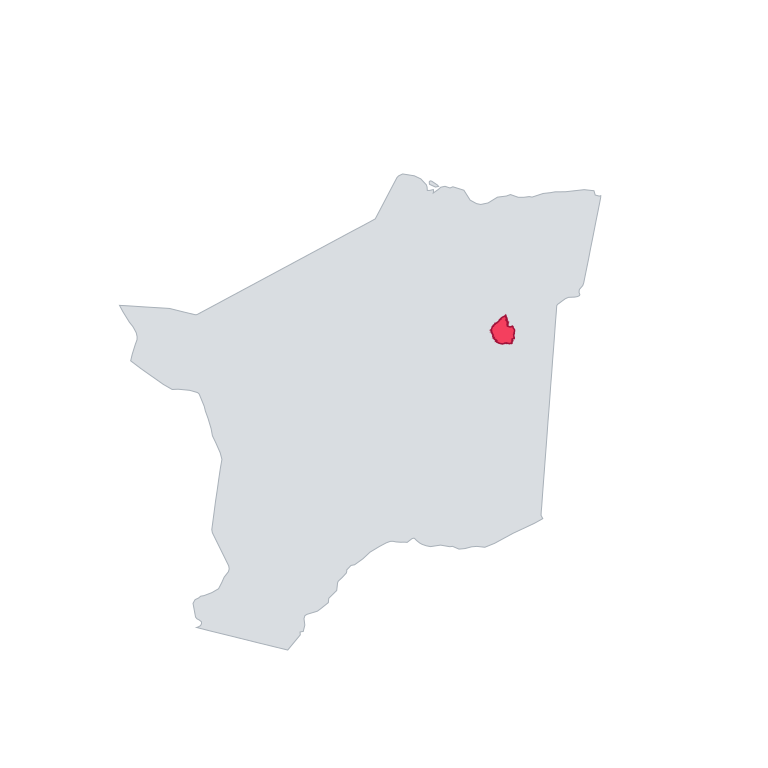 Makueni, Eastern, Kenya (highlighted), rotated 242°
{"feature_id": "3690345B23299491685856", "entity_name": "Makueni", "entity_type": "district", "adm_level": 2, "iso_a3": "KEN", "parent_name": "Kenya", "parent_adm1": "Eastern", "projection": "robinson", "projection_center": [37.731, -1.955], "detail": "fine", "context": "in_parent", "style": "filled", "palette": "rose", "viewbox_px": 768, "rotation_deg": 242, "n_neighbors": 0, "source": "geoboundaries", "source_scale": "gbopen_adm2", "svg_char_len": 7170}
<svg xmlns="http://www.w3.org/2000/svg" viewBox="0 0 768 768"><g transform="rotate(242 384 384)"><path d="M190.6,461.0L190.4,451.7L191.6,427.8L191.4,406.9L192.5,396.4L197.0,389.8L199.1,385.0L200.7,378.2L203.0,372.7L208.5,368.3L209.4,365.8L215.2,358.3L218.6,348.7L221.2,345.5L224.5,342.4L226.8,340.9L230.5,339.3L233.5,338.4L234.0,337.6L234.3,336.0L233.3,330.1L234.6,328.1L236.6,324.2L238.9,320.5L240.9,318.1L242.1,315.7L242.7,311.5L242.7,308.5L242.7,303.7L242.1,292.7L239.6,283.4L238.2,273.1L239.3,269.7L237.3,263.7L236.4,263.4L234.8,262.0L232.8,256.3L231.4,251.1L230.4,249.8L223.9,245.3L220.7,234.6L217.1,232.2L215.1,221.5L214.7,218.5L216.8,207.8L216.6,205.4L214.4,203.2L208.3,200.9L203.4,196.5L204.0,195.0L204.4,193.4L201.8,192.3L194.3,174.1L204.0,163.2L213.9,152.1L226.5,138.1L238.0,125.3L248.0,114.1L257.0,104.2L256.7,106.1L256.8,108.6L257.9,110.2L259.7,111.2L262.3,110.1L264.5,108.6L266.7,108.2L280.0,112.4L282.3,116.0L282.1,119.8L282.7,122.6L281.7,125.5L280.6,134.0L280.9,141.8L284.9,147.6L288.5,152.2L291.3,158.5L293.4,160.5L296.3,161.5L305.6,161.8L319.2,162.2L332.3,162.6L333.5,162.7L336.3,163.6L348.3,172.2L359.4,180.1L368.7,187.0L377.8,193.6L386.6,200.1L393.5,205.5L400.2,207.1L411.2,207.9L418.8,208.2L425.8,210.4L436.2,212.5L444.0,213.6L448.7,214.8L461.8,216.1L463.9,215.4L469.7,209.4L476.1,199.7L478.6,194.4L487.0,189.1L501.6,181.7L511.9,176.5L523.4,171.2L528.6,175.8L535.8,183.1L539.0,186.7L541.6,188.2L545.5,189.3L550.2,189.3L552.8,189.2L558.1,188.2L570.5,187.4L577.6,187.4L571.7,197.1L564.5,208.7L551.4,230.1L541.3,241.3L533.8,249.8L533.1,251.3L533.1,260.8L533.2,284.0L533.4,330.3L533.6,376.6L533.8,422.9L533.8,446.0L533.9,453.8L540.5,463.5L547.0,473.0L555.6,485.6L560.2,492.4L560.9,494.6L560.7,499.1L553.6,508.5L547.8,512.8L540.0,514.9L537.7,514.5L534.6,513.1L533.4,515.4L532.5,518.9L530.8,518.2L529.5,517.1L530.3,523.4L531.1,526.5L529.9,530.7L526.1,534.3L525.8,537.4L517.6,545.5L505.9,546.4L499.8,550.4L497.1,553.7L495.0,560.9L495.7,571.9L492.5,580.3L491.9,584.6L485.9,590.1L483.2,595.1L481.3,600.2L479.5,602.5L477.5,614.0L474.7,621.0L474.0,623.3L473.3,625.4L471.1,629.5L469.7,632.3L468.7,634.1L461.6,652.0L456.1,660.1L451.7,659.2L448.8,662.3L448.5,663.8L447.0,662.9L443.4,660.0L435.9,653.9L428.5,647.8L421.1,641.8L413.6,635.7L406.2,629.6L398.7,623.6L391.3,617.5L383.9,611.4L379.5,607.8L377.6,605.7L376.0,601.5L375.3,600.5L373.3,599.2L371.0,598.9L370.3,598.1L370.3,596.1L371.2,593.2L373.9,587.6L374.2,584.3L373.7,580.6L372.8,574.6L372.1,573.3L367.1,570.2L356.8,563.6L346.4,557.1L336.1,550.6L325.8,544.0L315.4,537.5L305.1,530.9L294.7,524.4L284.4,517.9L274.1,511.3L263.7,504.8L253.4,498.3L243.0,491.7L232.7,485.2L222.3,478.6L212.0,472.1L201.6,465.6L197.8,463.1L194.3,461.0L190.6,461.0ZM534.6,524.6L532.8,525.0L533.7,521.9L539.0,517.9L541.2,518.8L541.6,519.7L541.5,520.5L540.6,521.4L534.6,524.6Z" fill="#d9dde1" stroke="#a8b0b8" stroke-width="1"/><path d="M363.2,509.5L363.4,510.1L363.2,510.2L363.0,510.5L362.9,510.6L362.9,511.0L362.4,511.0L362.3,511.4L362.4,511.7L362.2,511.7L361.9,512.1L361.7,512.7L361.3,512.9L360.9,513.6L360.7,513.7L360.7,513.9L360.5,514.1L360.5,514.3L360.6,514.6L360.5,514.9L360.4,515.2L360.3,515.4L360.1,515.6L359.9,515.7L360.0,515.9L360.0,516.3L360.3,516.4L360.5,516.5L360.5,516.4L360.6,516.5L360.8,516.5L361.2,516.6L361.3,516.8L361.4,517.0L361.5,517.4L361.6,517.8L361.9,517.5L362.1,517.7L362.6,517.7L362.7,517.9L362.8,517.9L363.0,518.1L363.0,517.9L363.6,518.3L363.5,518.7L363.0,520.0L363.4,520.2L363.3,520.5L363.9,520.8L364.0,520.5L366.7,521.7L366.8,521.7L366.9,522.0L367.1,522.0L367.2,522.3L367.2,522.5L367.5,522.8L368.1,522.8L368.6,523.4L369.6,524.2L370.7,524.7L371.0,524.7L373.0,524.4L374.0,524.8L374.9,524.5L374.9,524.4L374.9,524.2L374.9,523.9L374.8,523.5L374.8,523.2L375.0,523.0L375.0,522.8L375.1,522.6L375.1,522.2L375.4,521.9L375.6,521.5L375.9,521.4L376.1,521.2L376.4,521.1L376.5,520.8L376.7,520.7L376.9,520.7L377.0,520.3L377.3,520.3L377.4,520.2L377.6,520.4L377.8,520.4L377.9,520.5L378.0,520.4L378.3,520.6L378.2,520.7L378.2,520.8L378.3,520.8L378.2,520.9L378.3,521.0L378.4,520.7L378.6,520.6L378.8,520.6L379.0,520.8L379.1,521.0L378.9,521.1L379.0,521.3L379.1,521.2L379.4,521.4L379.4,521.5L379.2,521.7L379.6,521.8L379.6,521.7L379.7,521.9L379.7,522.1L380.0,521.9L380.0,522.0L380.3,522.0L380.4,522.3L380.5,522.7L381.0,522.3L381.3,522.3L381.3,522.1L381.6,522.1L381.8,522.0L381.9,522.3L382.0,522.2L381.9,522.0L382.0,522.0L382.3,522.1L382.4,522.3L382.5,522.3L382.7,522.5L382.8,522.5L382.9,522.4L382.9,522.5L383.0,522.6L382.9,522.7L383.1,522.9L383.2,523.0L383.3,522.8L383.5,522.6L383.6,522.4L383.6,522.2L383.7,522.3L383.9,522.6L384.0,522.5L384.2,522.9L384.1,523.1L384.3,523.1L384.6,523.3L384.7,523.2L384.8,523.2L384.7,523.0L384.7,522.9L385.0,522.9L385.2,523.2L385.3,523.1L385.4,522.9L385.5,522.9L385.7,523.1L385.8,523.2L386.0,523.1L386.1,523.3L386.1,523.5L386.2,523.3L386.2,523.2L386.3,523.1L386.4,523.3L386.5,523.2L386.7,523.4L386.8,523.4L386.7,523.5L386.9,523.6L387.1,523.6L387.3,523.7L387.4,523.8L387.6,523.8L387.5,523.6L387.3,523.6L387.3,523.4L387.1,523.3L387.1,523.2L387.1,522.4L387.3,522.0L387.2,521.8L387.3,521.6L387.3,521.0L387.4,520.3L387.4,520.2L387.4,519.8L387.3,519.6L387.3,519.4L387.2,519.2L387.2,518.5L387.1,518.4L387.0,517.9L386.9,517.8L386.7,517.9L386.4,517.7L386.5,517.5L386.5,517.3L386.6,517.1L386.4,517.0L386.4,516.9L386.5,516.5L386.4,516.4L386.2,516.3L386.2,516.2L386.3,516.0L386.3,515.9L386.1,515.9L385.9,515.6L385.9,515.4L385.8,515.2L385.7,515.1L385.3,513.6L385.2,513.4L385.3,513.0L385.2,512.6L384.9,512.2L385.0,512.0L385.1,511.8L385.0,511.5L385.1,511.3L385.1,511.1L385.3,510.9L385.4,510.5L385.2,510.5L384.9,510.6L384.7,510.4L384.8,510.2L384.6,509.4L384.6,508.9L384.4,508.6L384.5,508.3L384.5,508.2L384.2,508.1L383.9,508.1L383.8,507.8L383.7,507.7L383.9,507.3L384.0,507.2L383.9,506.7L383.7,506.7L383.2,506.1L382.9,505.7L382.7,505.5L382.3,505.1L381.9,504.7L381.8,504.3L381.7,504.0L381.5,503.8L381.5,503.7L381.4,503.8L381.3,504.0L381.0,504.0L380.4,504.0L380.4,503.9L380.4,503.7L380.0,503.8L379.9,503.7L380.0,503.7L379.7,503.5L379.6,503.4L379.6,503.2L379.5,503.3L379.4,503.4L379.1,503.3L378.9,503.3L378.7,503.5L378.4,503.5L378.3,503.4L378.2,503.2L378.0,503.4L377.8,503.5L377.7,503.5L377.5,503.4L377.3,503.4L377.2,503.3L377.0,503.1L376.8,503.2L376.7,503.2L376.6,503.3L376.4,503.4L376.2,503.4L375.8,503.5L375.7,503.4L375.7,503.2L375.5,502.7L375.4,502.5L375.0,502.4L374.9,502.4L374.7,502.4L374.3,502.6L373.8,502.6L373.6,502.7L373.5,502.8L373.4,503.0L373.2,502.8L373.3,502.6L373.2,502.5L373.2,502.4L373.1,502.5L373.0,502.4L372.8,502.4L372.8,502.6L372.6,502.4L372.7,502.1L372.6,502.3L371.8,502.7L371.6,502.6L371.4,502.5L371.2,502.7L371.3,503.0L371.0,503.2L371.0,503.3L370.9,503.4L370.7,503.4L370.6,503.5L370.4,503.6L370.5,503.4L370.4,503.3L370.2,503.3L370.0,503.2L369.8,503.1L369.7,503.0L369.7,503.3L369.5,503.5L369.4,503.4L369.3,503.6L369.1,503.5L369.0,503.4L368.9,503.3L369.0,503.2L368.9,503.1L368.6,503.3L368.5,503.5L368.3,503.4L368.1,503.2L367.9,503.4L367.7,503.5L366.9,504.2L366.8,504.4L366.5,504.3L366.4,504.4L366.5,504.5L365.7,505.1L364.8,506.1L364.5,506.5L364.4,506.5L364.2,506.9L364.2,507.1L363.8,507.5L363.6,507.6L363.6,508.2L363.5,508.7L363.2,509.5Z" fill="#f43f5e" stroke="#9f1239" stroke-width="1.5"/></g></svg>